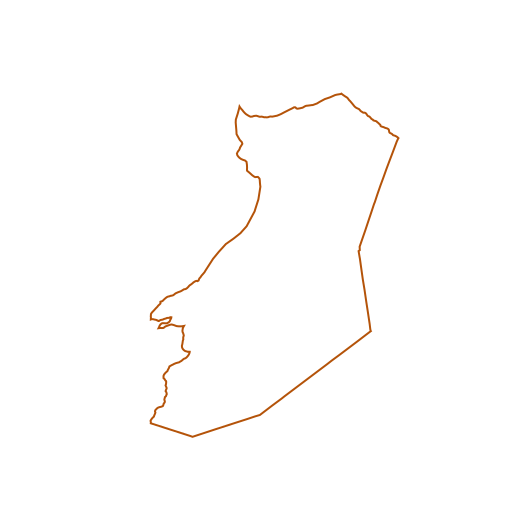 outline of Mandera West, North-Eastern, Kenya, rotated 233°
{"feature_id": "3690345B48276245407304", "entity_name": "Mandera West", "entity_type": "district", "adm_level": 2, "iso_a3": "KEN", "parent_name": "Kenya", "parent_adm1": "North-Eastern", "projection": "equal_earth", "projection_center": [40.274, 3.456], "detail": "fine", "context": "isolated", "style": "outline", "palette": "amber", "viewbox_px": 512, "rotation_deg": 233, "n_neighbors": 0, "source": "geoboundaries", "source_scale": "gbopen_adm2", "svg_char_len": 6107}
<svg xmlns="http://www.w3.org/2000/svg" viewBox="0 0 512 512"><g transform="rotate(233 256 256)"><path d="M185.7,71.3L156.9,91.6L151.8,95.2L149.8,96.5L142.1,119.1L135.7,137.6L131.0,151.1L128.4,158.9L126.7,163.4L126.8,178.9L126.7,190.6L126.8,194.4L126.8,209.7L126.8,238.9L126.8,247.7L126.9,253.6L126.8,262.6L126.8,270.1L126.8,285.8L126.9,299.1L126.9,301.2L126.9,302.5L127.2,302.5L127.5,302.6L128.9,303.3L133.2,305.8L143.9,311.6L153.4,316.7L164.0,322.5L173.0,327.2L182.4,332.4L191.2,337.3L192.2,337.8L198.2,340.9L198.2,342.4L201.1,344.4L205.4,350.8L210.7,358.7L216.5,367.1L221.1,373.8L226.5,381.6L227.5,383.3L232.1,389.9L237.4,397.8L241.9,404.8L247.1,412.7L251.1,419.0L256.2,427.1L262.7,437.3L264.1,439.9L264.4,440.7L265.7,440.5L266.9,440.1L268.2,439.5L269.3,438.7L270.0,438.2L271.3,438.1L272.2,437.8L273.5,437.1L274.4,436.9L275.1,437.2L275.3,437.3L275.8,437.5L276.2,437.7L276.4,437.8L277.1,438.1L277.8,438.0L278.8,437.6L279.9,436.8L280.7,436.2L281.3,435.9L282.2,435.4L283.1,434.7L283.7,434.3L284.3,433.9L285.0,433.8L286.0,434.2L286.9,434.0L287.5,433.9L288.9,433.7L289.7,433.4L290.8,433.3L291.5,433.0L292.0,432.6L292.5,432.2L293.3,431.6L293.8,431.3L294.4,431.4L295.0,431.2L295.9,430.7L297.0,430.7L298.3,430.6L299.1,430.5L300.1,429.8L300.7,429.6L302.6,429.6L302.9,429.7L303.3,429.7L303.9,429.6L304.7,429.3L305.3,428.8L305.9,427.9L307.0,427.5L307.8,427.2L308.6,426.9L309.2,426.8L310.1,426.8L310.9,426.7L311.3,426.7L311.6,426.5L312.2,426.2L312.4,426.1L313.3,425.6L314.4,425.1L315.2,424.9L316.2,424.7L319.4,424.6L321.3,424.5L323.2,424.4L323.8,424.3L324.2,424.2L324.7,424.2L326.1,424.2L327.3,424.2L327.9,424.0L328.4,423.8L328.8,423.7L329.4,423.4L329.7,423.3L330.9,422.9L332.1,422.5L333.1,422.2L334.3,421.9L334.4,421.1L336.1,417.9L336.9,416.1L338.2,410.5L339.9,405.4L340.8,399.6L341.1,396.5L342.4,392.2L343.0,391.3L343.7,390.0L344.5,388.6L345.0,387.7L345.6,386.8L346.0,385.8L346.2,384.5L346.3,383.2L346.5,382.2L346.9,381.4L347.4,380.2L348.1,378.8L348.7,377.7L349.5,377.1L350.6,377.0L351.3,376.7L351.9,375.7L352.0,374.5L352.3,372.8L352.6,371.4L353.1,368.6L353.5,366.4L353.9,364.1L354.3,361.5L354.8,359.4L355.4,357.2L356.1,355.8L356.7,354.5L357.2,353.5L357.3,353.2L357.7,352.7L358.0,352.3L358.5,351.8L358.7,351.5L359.2,350.5L359.6,349.1L360.5,347.7L361.2,347.0L361.9,346.0L363.1,345.1L364.0,344.3L364.5,343.4L365.1,342.6L366.0,342.0L367.0,341.3L367.9,340.6L368.6,339.4L369.1,338.5L369.6,336.9L370.5,335.5L371.5,334.9L373.4,334.1L375.3,333.4L376.9,333.1L378.9,332.9L380.8,332.9L382.6,332.7L384.1,332.7L385.3,332.8L384.0,331.3L380.7,327.1L377.1,322.0L374.8,320.1L367.8,315.7L365.0,313.8L362.3,313.4L358.5,312.9L355.4,313.2L353.8,312.6L352.2,308.5L351.5,307.6L350.8,306.2L350.3,304.3L349.3,302.4L347.6,301.7L345.9,301.7L344.3,301.9L342.4,302.5L340.6,303.5L339.2,304.5L338.9,304.7L336.9,305.1L334.2,303.6L331.9,302.0L330.2,300.6L329.5,300.2L328.5,300.4L326.9,300.8L324.9,301.2L322.7,301.6L320.5,302.3L319.5,302.8L318.7,304.1L318.0,305.1L316.7,305.3L315.5,305.3L313.9,304.4L312.1,303.2L310.3,302.1L308.7,301.2L299.8,292.0L293.2,282.7L292.5,281.8L285.4,266.4L284.1,259.7L283.6,257.4L283.4,248.6L283.7,239.1L281.7,228.7L279.6,220.0L274.6,206.4L274.2,205.5L274.0,205.0L273.9,204.5L273.5,202.7L273.1,200.7L272.4,198.7L272.2,197.4L272.0,196.9L271.8,196.6L271.2,195.7L271.0,195.4L271.1,194.2L271.7,193.9L272.4,192.4L272.4,191.9L272.5,190.8L272.6,190.2L272.5,189.7L272.4,188.6L272.4,188.3L272.4,187.9L272.4,187.1L272.4,186.8L272.4,186.5L272.5,185.7L272.4,184.6L272.1,183.5L271.9,182.0L271.8,181.5L271.9,181.0L271.9,180.2L272.0,179.9L272.1,179.6L272.6,178.7L272.8,178.2L272.8,177.7L272.9,176.7L273.0,175.5L273.2,174.4L274.0,171.8L274.1,171.3L274.2,170.9L274.5,169.7L274.5,169.2L274.6,168.7L274.5,167.8L274.5,166.3L274.8,165.4L275.0,165.0L275.1,164.6L275.6,163.9L275.9,162.6L276.5,161.4L276.8,160.1L276.8,158.9L276.7,157.2L276.5,155.5L276.3,154.3L276.4,153.8L276.6,153.4L277.0,152.1L276.8,151.9L276.2,151.6L275.8,151.3L275.6,151.1L275.4,150.2L275.3,149.0L275.2,148.0L274.8,146.6L274.5,144.5L274.2,143.0L273.9,141.4L273.7,140.0L273.4,138.5L272.9,137.2L271.8,136.3L271.5,136.0L271.2,135.7L270.3,135.2L268.6,133.8L268.3,134.8L267.1,136.1L266.5,136.5L266.0,137.0L265.4,137.5L264.8,138.0L264.2,138.2L263.7,138.7L262.9,138.8L262.5,139.3L262.4,141.1L261.3,143.3L261.1,144.5L260.3,146.6L260.1,147.6L259.4,148.7L258.9,149.4L258.8,150.3L258.5,151.0L258.0,151.5L257.6,151.1L257.3,150.7L257.1,150.3L256.6,149.1L255.8,147.9L255.6,146.6L255.8,144.7L256.3,143.7L257.6,142.2L258.8,140.6L258.9,138.8L258.4,137.2L257.6,135.9L257.0,134.7L256.5,135.6L255.9,136.5L255.0,137.6L254.2,138.9L254.3,140.5L254.1,141.9L253.7,143.1L252.9,145.8L252.1,147.4L250.3,148.8L247.8,150.4L246.3,152.0L244.7,154.1L244.0,155.4L243.5,156.4L242.9,155.0L242.2,153.9L241.3,153.0L240.5,152.2L239.4,151.6L238.3,151.4L236.7,150.8L235.9,150.4L235.0,149.1L234.2,148.4L233.2,147.8L232.4,146.6L230.1,144.3L228.8,142.7L227.4,141.9L226.0,141.6L224.5,141.7L223.0,142.1L222.1,142.7L221.4,143.3L220.6,143.8L220.0,144.7L219.4,145.4L218.7,144.7L217.9,143.4L217.3,141.9L216.8,139.6L216.8,138.1L217.2,136.9L217.3,136.0L217.2,134.8L217.1,133.2L217.3,132.0L217.4,130.5L217.9,129.4L218.6,127.6L219.1,125.7L219.3,124.3L219.6,122.9L219.7,122.0L219.9,120.4L219.1,119.3L218.5,118.0L218.1,117.1L217.4,116.0L217.3,114.7L217.2,113.4L216.9,112.3L216.7,111.3L215.9,110.0L214.9,109.2L213.9,108.6L213.1,108.9L211.8,108.8L211.2,108.7L210.4,108.9L209.6,108.6L208.9,108.0L207.8,107.0L207.1,105.9L206.3,105.7L205.7,105.5L205.3,105.5L204.9,105.4L204.6,105.3L204.0,104.9L203.4,103.9L203.2,103.5L202.9,103.1L202.5,102.5L201.1,102.4L200.2,102.0L199.4,101.6L199.1,101.0L198.7,100.4L198.2,99.6L198.2,99.0L198.1,98.3L197.6,97.8L197.1,97.1L196.6,96.5L196.1,96.2L195.5,96.0L194.9,95.8L194.7,95.6L194.3,95.3L194.0,94.8L193.9,94.5L193.7,93.5L192.8,92.4L192.2,91.2L192.6,89.8L192.7,89.5L192.8,89.2L193.3,88.2L193.8,86.7L193.9,85.5L193.7,84.4L193.6,83.3L193.2,82.4L192.5,81.7L191.6,81.5L191.0,80.7L190.8,80.4L190.6,80.0L190.2,79.3L189.8,78.6L189.2,77.8L189.1,77.1L189.1,76.6L189.0,76.0L188.8,75.2L188.7,74.7L188.3,73.6L188.0,72.8L187.1,72.2L186.2,71.8L185.7,71.3Z" fill="none" stroke="#b45309" stroke-width="2"/></g></svg>